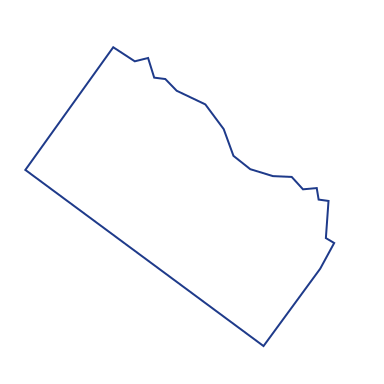 the district of Edwards, Illinois, United States of America, rotated 306°
{"feature_id": "52423323B63371987801895", "entity_name": "Edwards", "entity_type": "district", "adm_level": 2, "iso_a3": "USA", "parent_name": "United States of America", "parent_adm1": "Illinois", "projection": "robinson", "projection_center": [-87.988, 38.413], "detail": "fine", "context": "isolated", "style": "outline", "palette": "blue", "viewbox_px": 384, "rotation_deg": 306, "n_neighbors": 0, "source": "geoboundaries", "source_scale": "gbopen_adm2", "svg_char_len": 424}
<svg xmlns="http://www.w3.org/2000/svg" viewBox="0 0 384 384"><g transform="rotate(306 192 192)"><path d="M111.9,44.2L109.4,340.4L205.3,340.8L234.3,337.0L233.4,327.4L265.0,307.7L260.3,298.9L268.5,290.6L259.4,280.2L262.8,263.8L252.4,248.1L244.7,225.7L245.6,204.3L261.5,180.7L270.7,151.3L264.9,120.1L267.7,104.0L262.3,94.2L274.6,77.7L264.1,68.9L262.8,43.2L111.9,44.2Z" fill="none" stroke="#1e3a8a" stroke-width="2"/></g></svg>